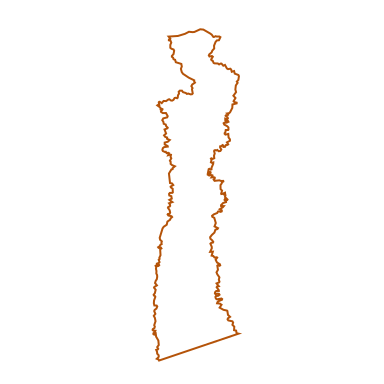 outline of Ulloa, Valle del Cauca, Colombia, rotated 77°
{"feature_id": "7082276B37156056726077", "entity_name": "Ulloa", "entity_type": "district", "adm_level": 2, "iso_a3": "COL", "parent_name": "Colombia", "parent_adm1": "Valle del Cauca", "projection": "robinson", "projection_center": [-75.783, 4.708], "detail": "fine", "context": "isolated", "style": "outline", "palette": "amber", "viewbox_px": 384, "rotation_deg": 77, "n_neighbors": 0, "source": "geoboundaries", "source_scale": "gbopen_adm2", "svg_char_len": 6053}
<svg xmlns="http://www.w3.org/2000/svg" viewBox="0 0 384 384"><g transform="rotate(77 192 192)"><path d="M340.5,178.5L339.6,180.3L337.0,180.2L336.1,182.1L332.7,181.1L330.5,182.5L328.5,181.3L327.1,181.7L325.3,185.5L324.2,186.0L323.2,185.5L322.2,183.0L319.8,184.6L315.9,184.3L315.4,184.6L313.9,187.8L310.9,191.1L308.5,188.6L307.0,190.0L306.1,192.6L305.1,192.0L304.4,190.9L303.7,187.0L303.1,186.7L302.4,187.3L302.2,191.8L301.2,192.7L299.5,192.8L298.8,192.0L299.0,189.8L298.3,188.3L297.3,188.6L296.8,189.9L296.8,192.1L295.9,192.5L294.8,192.0L293.9,190.6L294.4,188.1L293.6,188.0L290.3,189.4L289.7,188.8L289.8,187.1L286.6,188.6L286.1,185.8L285.5,185.4L283.5,185.6L281.3,184.5L277.8,185.9L275.8,186.2L273.6,184.2L269.4,183.9L269.1,183.3L270.1,181.8L269.8,181.0L268.6,181.1L266.3,183.5L263.3,184.2L261.6,182.2L261.2,182.5L260.9,184.8L259.2,185.6L258.4,187.2L254.8,185.1L254.4,187.8L251.2,185.3L249.7,185.1L246.5,185.7L245.9,184.7L246.0,183.0L245.4,182.5L243.6,183.2L241.7,184.6L240.1,184.5L238.3,182.3L236.6,179.3L234.0,177.7L233.8,175.5L233.1,174.8L230.6,177.8L227.6,175.8L222.2,176.1L220.7,177.8L219.7,177.8L218.7,175.8L218.1,172.1L216.9,171.1L216.9,170.2L217.8,168.6L217.6,167.4L216.6,167.1L215.0,168.8L213.8,165.4L212.9,164.2L212.2,166.8L211.4,166.7L209.7,164.1L209.5,161.1L208.9,161.0L207.0,162.1L206.4,161.6L207.7,159.5L207.3,159.1L204.2,161.0L202.7,160.1L201.9,161.1L201.1,160.1L200.1,160.0L200.7,163.0L200.6,163.9L200.2,164.0L197.4,162.4L195.6,163.5L191.7,162.7L190.3,161.1L189.3,160.7L188.8,159.1L188.2,159.1L187.8,161.2L186.8,162.7L186.2,167.5L184.8,168.1L184.1,166.9L183.1,166.6L182.6,167.3L182.2,169.7L181.0,168.4L180.4,168.3L179.9,169.1L179.8,171.6L178.7,172.7L178.2,172.3L178.3,170.7L177.5,169.5L176.8,169.5L176.5,170.1L176.8,172.1L173.5,170.6L173.3,169.9L174.4,168.9L174.3,167.9L172.9,167.6L169.3,165.0L168.0,164.6L168.1,166.0L167.3,166.9L165.0,165.7L163.8,166.1L163.5,165.6L164.4,164.3L164.1,162.7L161.6,162.4L159.6,161.2L157.1,161.3L156.5,160.8L156.4,160.0L157.0,158.8L156.7,157.9L158.3,156.8L158.4,155.1L157.2,153.9L154.8,154.6L153.8,154.3L153.9,152.9L153.1,151.7L153.7,151.0L155.2,151.2L155.4,149.7L153.9,148.4L154.1,146.8L153.7,146.0L151.5,146.8L150.6,143.5L149.2,143.2L147.1,144.1L143.6,143.6L143.6,146.5L142.6,147.1L141.9,146.9L141.4,146.1L139.2,145.2L139.7,142.8L139.3,142.4L137.3,142.0L135.9,142.8L133.6,145.4L132.1,145.7L131.8,145.0L132.2,142.6L131.8,140.7L130.8,141.0L130.5,143.0L130.0,143.5L128.0,143.1L129.0,141.5L128.4,140.5L127.4,140.5L125.3,142.1L124.9,141.7L124.9,139.4L124.3,139.2L123.4,139.9L123.5,138.0L122.8,136.9L119.1,133.8L115.8,132.9L115.7,128.6L115.0,128.4L113.8,130.6L112.9,131.1L110.2,128.5L107.5,130.0L104.6,126.6L101.9,126.7L98.0,125.3L95.9,123.0L94.5,123.5L93.2,121.6L89.7,120.2L88.4,120.5L86.3,123.7L83.6,123.8L83.8,126.2L81.5,126.3L80.5,126.9L80.4,129.2L79.5,130.2L75.6,131.3L76.0,133.1L73.5,134.4L73.3,135.3L73.8,136.9L72.6,137.9L71.7,141.2L71.1,141.9L68.8,142.3L68.1,143.3L67.1,143.5L64.9,141.3L64.0,142.0L63.9,144.5L62.7,144.9L61.7,144.1L60.4,141.5L58.8,140.4L57.2,138.1L54.4,137.6L51.1,135.3L49.9,133.7L50.2,131.6L47.5,129.5L46.7,130.3L46.1,133.0L45.5,133.9L45.9,135.8L45.7,136.3L43.1,137.4L41.7,138.6L36.3,144.4L35.3,147.4L36.6,153.7L36.4,155.4L35.2,158.9L36.3,163.2L36.8,170.6L35.3,179.8L37.8,178.6L38.2,178.9L38.3,180.2L39.0,180.4L39.8,178.9L41.8,178.6L43.7,180.0L46.6,180.7L47.8,179.8L49.0,177.9L50.3,177.6L53.5,179.0L54.9,181.0L55.7,181.2L56.9,180.2L58.5,180.1L59.4,178.7L61.9,178.6L64.8,173.6L67.4,173.7L69.5,175.1L72.8,175.0L74.8,174.2L79.9,169.4L83.7,164.7L84.7,165.0L86.1,164.5L87.3,167.6L88.7,168.8L90.9,168.1L91.7,168.9L96.1,169.1L96.7,169.9L96.6,171.3L95.2,173.6L95.3,174.9L94.1,175.8L92.7,178.3L91.0,179.0L90.5,181.0L91.3,182.4L93.2,182.5L94.6,183.9L96.9,184.7L97.3,185.4L96.5,186.7L96.5,187.8L98.1,189.4L98.5,190.9L97.9,192.2L96.6,193.1L96.5,194.1L97.6,196.8L96.9,199.2L98.6,201.5L96.8,203.2L96.8,203.8L97.1,204.2L100.1,204.3L100.2,204.8L99.4,205.3L99.8,206.3L102.7,203.8L104.1,204.0L104.3,202.5L104.7,202.1L105.1,202.3L106.2,204.1L107.1,204.1L108.5,202.7L109.2,199.6L112.6,198.6L113.7,199.4L113.8,203.4L115.3,204.8L117.2,204.1L119.2,204.2L120.4,202.4L121.9,202.4L123.9,201.2L124.4,201.6L124.9,204.7L129.2,204.1L130.5,206.5L132.3,205.7L133.3,204.0L134.5,204.4L136.3,202.0L137.6,204.3L137.7,207.5L139.5,207.9L141.7,205.4L142.3,205.4L142.0,209.1L142.7,210.5L144.3,211.4L145.5,211.2L146.9,209.4L146.9,208.5L148.4,208.0L148.4,206.4L149.0,205.7L150.8,207.0L150.7,204.6L151.0,204.1L153.0,205.0L154.5,204.6L156.6,206.5L157.8,206.0L159.8,206.5L161.3,205.4L163.1,202.9L164.4,205.5L165.4,205.8L165.4,207.0L168.8,210.3L178.3,211.4L179.2,209.5L181.0,208.7L181.9,211.6L182.7,211.6L184.5,210.1L188.1,210.8L188.4,211.4L187.9,213.8L188.7,214.8L190.3,214.9L191.4,213.1L193.9,213.2L194.6,215.8L197.4,213.4L197.8,216.9L199.2,216.3L200.6,216.4L201.1,217.0L201.2,218.4L202.0,219.0L204.7,217.9L207.1,217.9L208.1,218.6L208.0,220.4L208.4,220.8L209.6,220.3L211.0,217.4L211.9,217.0L212.9,218.8L214.1,219.6L215.3,222.6L218.2,224.0L219.5,227.4L220.9,228.9L229.4,233.8L231.4,233.8L233.3,232.5L234.6,233.2L236.0,233.3L236.3,234.6L237.6,235.8L238.2,237.4L238.9,237.1L239.2,234.8L240.1,234.5L240.6,235.9L246.5,236.9L248.7,238.6L249.9,238.6L250.5,239.7L253.0,239.4L253.6,240.2L253.9,242.3L254.4,242.3L255.3,240.6L255.9,240.4L256.5,241.3L256.3,242.6L255.4,243.3L255.7,244.1L257.5,243.8L258.7,244.4L261.0,244.4L263.4,245.1L265.1,244.7L266.9,245.0L269.2,246.0L270.2,247.2L272.4,248.5L275.1,247.2L276.0,250.0L276.7,250.5L279.1,249.4L282.3,251.0L283.5,252.5L284.3,252.4L285.1,251.5L285.9,251.3L289.2,253.4L291.8,254.2L294.1,254.2L294.7,252.0L295.7,251.6L297.6,252.9L298.4,254.8L299.5,255.6L302.5,255.1L304.1,257.1L306.2,256.5L309.7,256.6L313.3,258.8L314.8,258.5L316.1,259.2L316.8,261.0L317.5,261.4L318.4,260.8L319.0,258.9L319.9,259.5L321.0,261.4L321.7,261.6L322.5,260.9L321.8,259.2L324.9,259.5L329.1,258.2L333.6,258.8L335.3,260.8L337.2,260.2L337.7,260.7L337.8,262.4L339.9,262.0L341.7,262.3L343.4,261.3L344.5,261.3L345.5,261.9L346.6,263.8L347.8,262.2L348.8,262.0L340.5,178.5Z" fill="none" stroke="#b45309" stroke-width="2"/></g></svg>